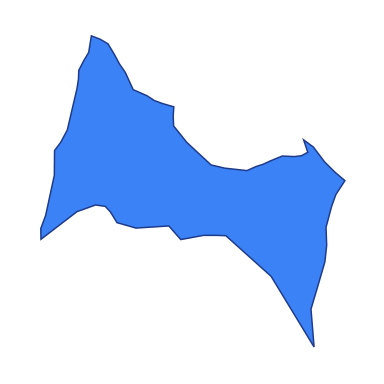 Tenente Laurentino Cruz, Rio Grande do Norte, Brazil, rotated 87°
{"feature_id": "56859067B82553548665211", "entity_name": "Tenente Laurentino Cruz", "entity_type": "district", "adm_level": 2, "iso_a3": "BRA", "parent_name": "Brazil", "parent_adm1": "Rio Grande do Norte", "projection": "orthographic", "projection_center": [-36.73, -6.158], "detail": "fine", "context": "isolated", "style": "filled", "palette": "blue", "viewbox_px": 384, "rotation_deg": 87, "n_neighbors": 0, "source": "geoboundaries", "source_scale": "gbopen_adm2", "svg_char_len": 895}
<svg xmlns="http://www.w3.org/2000/svg" viewBox="0 0 384 384"><g transform="rotate(87 192 192)"><path d="M231.3,345.3L205.6,307.9L199.9,289.0L201.8,279.4L207.8,274.4L218.7,268.5L225.1,249.8L224.7,216.9L238.9,205.7L235.9,182.6L236.6,169.8L237.4,160.5L280.4,117.4L353.2,78.2L315.2,79.3L291.5,70.9L268.9,63.0L252.3,60.3L234.3,60.0L213.9,53.4L202.1,48.5L188.7,38.7L179.9,48.0L168.8,58.1L161.5,63.0L153.5,68.4L145.8,77.8L158.4,74.3L161.5,80.8L162.0,87.8L160.8,100.0L165.0,112.0L168.1,119.8L169.9,126.7L173.5,136.0L169.9,158.0L166.0,171.5L142.3,194.5L125.1,206.9L115.1,206.8L106.0,205.7L102.1,216.9L98.6,225.0L93.7,231.6L86.7,245.4L69.2,252.3L60.4,257.7L50.4,262.4L39.7,268.1L34.7,275.6L30.8,284.3L47.3,287.9L55.3,293.3L64.6,298.7L73.4,299.5L82.5,301.4L123.6,313.3L135.5,320.5L143.4,327.1L168.1,328.6L207.8,339.4L220.5,344.9L231.3,345.3Z" fill="#3b82f6" stroke="#1e3a8a" stroke-width="1.5"/></g></svg>